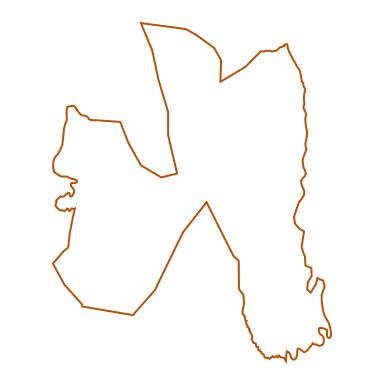 Ixpantepec Nieves, Oaxaca, Mexico (Equal Earth projection)
{"feature_id": "50627088B88531455891117", "entity_name": "Ixpantepec Nieves", "entity_type": "district", "adm_level": 2, "iso_a3": "MEX", "parent_name": "Mexico", "parent_adm1": "Oaxaca", "projection": "equal_earth", "projection_center": [-98.013, 17.504], "detail": "fine", "context": "isolated", "style": "outline", "palette": "amber", "viewbox_px": 384, "rotation_deg": 0, "n_neighbors": 0, "source": "geoboundaries", "source_scale": "gbopen_adm2", "svg_char_len": 4915}
<svg xmlns="http://www.w3.org/2000/svg" viewBox="0 0 384 384"><path d="M132.9,315.1L136.1,311.4L152.1,293.4L155.2,289.7L159.5,280.6L167.9,263.3L177.8,242.9L178.1,242.4L183.2,231.9L206.6,202.3L222.0,233.2L230.0,249.1L233.8,256.5L234.5,257.0L238.7,260.8L239.0,289.1L243.4,294.9L243.7,299.4L244.1,303.5L243.4,306.9L242.7,310.6L242.4,311.9L242.9,313.1L242.8,314.1L244.7,315.8L244.5,316.5L244.5,316.9L245.0,317.9L245.2,319.8L245.7,320.9L246.6,321.0L246.2,322.2L246.1,323.5L247.4,325.3L247.3,326.8L248.1,326.8L248.4,327.5L248.6,327.8L249.0,328.4L248.9,329.3L249.7,329.5L249.5,331.3L250.2,332.0L250.6,333.2L251.0,333.4L251.3,333.5L252.3,336.7L251.7,339.2L253.7,343.1L254.8,343.0L255.9,343.9L256.1,346.3L257.2,347.2L258.2,347.1L258.4,350.0L259.6,350.0L260.0,351.5L261.4,352.1L261.8,353.5L263.4,354.4L264.3,355.6L264.6,357.4L266.9,358.1L268.6,358.0L269.5,358.9L271.7,357.0L272.9,356.2L273.6,357.1L274.8,357.2L276.8,355.9L277.8,357.2L279.2,355.5L280.7,357.3L282.4,357.5L284.0,358.0L285.9,361.0L286.3,354.6L286.9,351.5L288.7,352.2L290.0,353.9L291.3,357.9L292.2,359.0L293.5,359.6L294.5,359.5L295.8,358.3L296.8,356.3L297.3,354.1L297.2,351.6L297.4,349.7L297.9,348.6L298.8,348.7L299.7,349.1L300.6,349.5L301.3,350.2L302.3,351.0L303.2,351.7L304.1,352.0L305.0,351.9L305.9,351.5L306.6,351.0L307.7,349.9L308.7,348.7L309.4,347.9L310.3,346.6L311.7,345.1L312.6,343.3L314.1,344.2L315.3,344.6L316.7,344.5L318.1,345.5L319.2,345.9L320.5,345.6L321.9,344.9L322.7,344.5L323.5,343.0L323.7,342.0L323.8,340.9L323.8,340.0L323.8,338.9L323.5,337.4L322.4,335.8L319.9,333.9L319.3,332.6L319.0,330.9L318.9,329.3L319.6,328.1L320.8,328.0L322.2,328.2L324.1,328.5L326.8,329.8L327.1,331.6L327.0,334.0L327.1,335.9L327.5,337.1L328.3,337.9L329.8,337.9L330.5,337.2L331.1,335.0L330.5,328.8L328.7,322.7L324.8,316.3L323.1,310.8L321.7,301.3L321.6,295.0L324.6,286.6L323.2,280.7L317.3,278.1L316.1,283.8L310.7,292.6L307.1,289.5L307.9,282.0L311.6,276.1L311.3,268.0L305.5,265.6L304.9,256.2L303.8,254.0L301.6,247.1L302.7,239.5L304.0,231.4L299.4,228.9L295.1,223.7L293.9,217.1L295.8,211.3L298.9,202.3L301.0,199.5L302.4,197.6L302.6,197.1L303.9,195.4L304.3,191.6L303.6,189.2L302.3,186.8L302.1,186.1L301.7,184.4L301.3,182.7L301.0,181.3L301.6,180.1L302.6,178.4L303.3,177.7L305.1,175.9L305.8,173.2L304.8,169.9L303.2,166.8L303.1,164.0L302.6,161.7L302.9,158.7L303.9,156.0L305.0,153.0L306.5,149.5L305.7,146.3L305.3,143.8L305.7,142.0L306.6,138.1L306.9,135.3L307.1,131.9L306.2,127.9L305.9,125.2L305.4,121.7L305.4,117.8L306.0,115.4L305.7,112.7L304.2,109.5L303.4,107.4L303.9,105.5L304.4,104.2L304.2,102.1L303.9,97.8L304.3,94.1L304.7,92.0L305.4,89.7L305.1,88.9L303.8,86.6L303.5,85.4L303.2,83.2L302.2,82.1L301.6,80.7L301.5,78.6L299.8,70.5L299.4,69.8L296.4,65.6L295.8,64.2L294.4,61.6L293.2,59.8L289.1,51.6L287.8,47.8L287.3,44.4L286.0,44.1L285.0,44.6L284.1,46.0L283.1,45.9L282.4,46.8L281.4,46.8L280.8,47.3L279.7,47.6L277.2,50.3L276.6,50.2L275.7,50.8L273.7,51.0L272.0,51.7L270.6,50.8L265.9,50.8L263.9,51.6L260.9,51.2L245.6,66.7L236.6,72.2L220.4,81.8L221.1,61.0L221.1,60.3L214.2,48.0L196.2,34.9L185.7,29.1L176.9,27.9L176.6,27.8L176.4,27.8L173.1,27.3L155.1,25.0L148.2,24.1L140.9,23.0L152.2,50.4L158.5,79.9L168.1,111.9L168.1,135.0L177.1,173.5L161.3,177.4L148.4,169.8L147.7,169.3L143.9,167.1L143.1,166.6L141.1,165.4L139.9,163.3L139.1,161.9L138.4,160.6L137.7,159.5L135.6,155.8L128.3,142.7L120.2,121.9L95.8,120.2L94.9,120.0L94.2,120.4L91.4,120.1L88.7,119.0L87.9,117.4L86.9,116.6L84.7,115.6L82.8,115.6L80.6,114.4L79.3,112.9L77.8,111.2L76.7,109.5L75.4,107.4L74.4,106.2L72.3,105.8L70.4,106.3L68.3,106.7L67.4,107.0L66.8,108.4L66.7,108.6L66.6,114.1L66.8,118.8L66.8,120.1L66.1,121.6L65.0,124.7L64.4,127.3L63.9,129.1L63.8,131.3L63.6,133.3L63.2,136.7L62.8,140.2L62.4,144.7L61.1,147.7L60.1,150.1L59.5,151.2L58.5,153.1L56.7,155.4L55.5,156.5L54.8,157.5L54.3,158.7L53.6,160.8L53.2,164.0L53.2,166.9L53.5,169.8L54.4,172.4L57.5,174.3L59.6,175.7L61.2,176.4L62.9,176.5L64.5,176.5L65.8,176.6L67.0,176.5L68.5,177.4L69.5,177.9L72.3,179.0L73.8,179.2L75.3,179.8L76.5,180.4L77.0,181.2L76.8,182.3L74.8,183.2L73.9,183.1L71.5,182.9L70.8,183.9L70.9,185.6L72.5,187.8L73.5,189.1L74.2,190.5L74.2,191.9L73.4,193.7L72.8,194.7L72.3,195.7L71.7,196.3L70.7,196.5L69.9,195.6L69.7,194.7L69.5,193.4L68.9,192.9L67.6,193.4L65.8,194.7L64.6,195.7L63.7,196.7L62.9,196.9L61.3,196.5L60.4,196.4L59.8,196.9L59.1,197.6L58.1,198.7L57.2,199.4L56.5,200.3L56.2,201.1L56.6,202.3L55.3,205.4L57.4,208.1L60.0,210.4L62.2,210.1L64.2,211.2L66.0,209.9L66.3,209.7L66.6,209.1L66.9,209.0L67.4,208.7L68.1,209.0L68.3,209.3L68.5,209.7L68.7,209.9L69.4,211.0L69.6,210.8L69.8,210.8L70.0,210.7L70.4,210.2L70.8,209.8L71.0,209.1L71.3,208.6L71.8,208.4L72.3,208.5L72.9,208.9L73.4,208.9L73.9,208.8L74.4,209.0L74.8,208.7L74.2,211.5L73.6,214.0L71.6,223.7L69.6,234.2L68.2,247.6L63.6,251.2L58.4,257.4L52.9,263.5L56.8,270.7L64.6,284.9L73.3,294.6L74.0,295.4L81.8,304.1L82.3,304.7L82.2,306.5L89.4,307.7L112.8,311.7L132.9,315.1Z" fill="none" stroke="#b45309" stroke-width="2"/></svg>